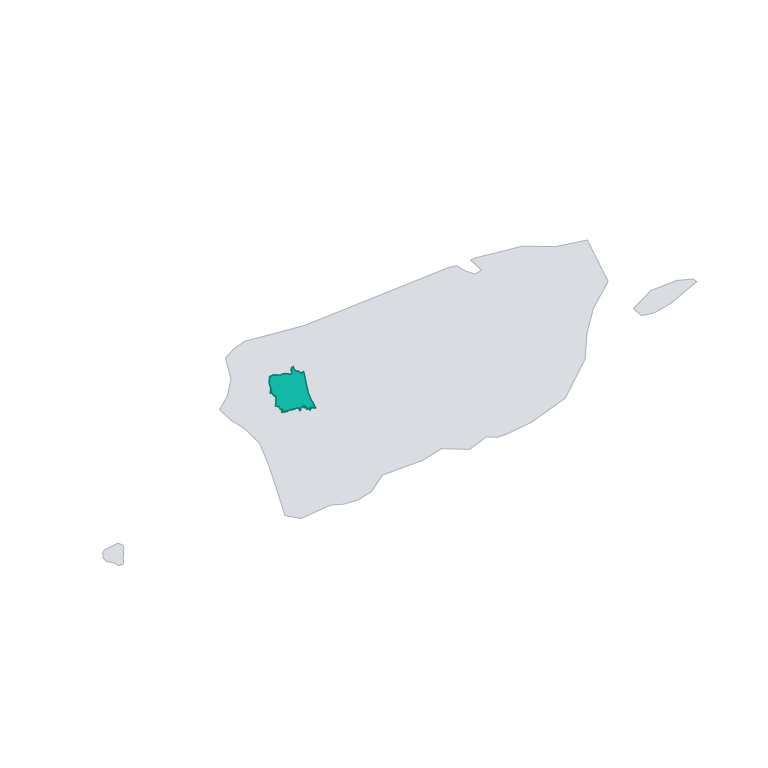 location of San Sebastián, Puerto Rico, rotated 336°
{"feature_id": "32010507B16977701319194", "entity_name": "San Sebastián", "entity_type": "district", "adm_level": 2, "iso_a3": "PRI", "parent_name": "Puerto Rico", "parent_adm1": "", "projection": "equal_earth", "projection_center": [-66.981, 18.324], "detail": "fine", "context": "in_parent", "style": "filled", "palette": "teal", "viewbox_px": 768, "rotation_deg": 336, "n_neighbors": 0, "source": "geoboundaries", "source_scale": "gbopen_adm2", "svg_char_len": 3804}
<svg xmlns="http://www.w3.org/2000/svg" viewBox="0 0 768 768"><g transform="rotate(336 384 384)"><path d="M504.4,314.0L512.0,320.6L519.5,319.7L513.5,306.0L519.0,306.0L566.4,314.4L597.0,328.4L628.4,335.2L630.5,381.4L606.3,399.9L590.6,419.3L577.8,443.0L544.0,470.6L503.1,478.9L476.0,479.7L465.9,478.8L456.0,474.0L435.5,478.5L410.1,466.4L388.4,469.5L345.3,466.6L329.1,477.1L313.7,479.4L298.5,477.5L285.6,472.8L253.6,473.2L240.1,464.0L245.7,411.3L246.2,387.5L238.3,367.8L229.7,355.4L223.5,340.7L236.0,331.1L246.3,317.1L249.6,296.0L260.9,290.8L274.1,288.3L335.2,298.2L489.7,303.8L498.5,305.5L504.4,314.0ZM679.0,426.9L659.5,429.0L646.9,426.2L642.6,416.4L666.1,407.1L693.6,408.5L709.4,414.0L711.3,417.7L679.0,426.9ZM72.7,442.2L70.3,442.5L68.0,442.1L67.0,441.2L65.4,438.2L58.3,433.2L56.7,428.6L58.3,423.8L61.2,421.8L75.5,421.3L77.0,421.8L79.8,425.1L79.9,427.5L78.5,429.8L76.0,435.6L74.9,437.1L74.1,438.6L73.7,441.2L72.7,442.2Z" fill="#d9dde1" stroke="#a8b0b8" stroke-width="1"/><path d="M282.1,331.2L281.6,332.5L281.4,333.2L280.8,333.6L280.4,335.2L279.7,335.3L279.8,335.9L279.6,336.4L279.6,336.8L279.1,338.3L279.3,338.7L278.9,339.4L279.2,340.0L279.1,340.3L278.9,340.9L278.6,341.5L278.6,342.3L278.8,342.5L278.5,342.7L278.4,343.2L278.5,343.7L278.3,343.6L278.1,344.2L277.9,343.9L277.8,344.3L277.2,344.3L277.0,344.6L277.1,345.3L276.9,346.0L276.5,345.9L276.7,346.5L277.1,346.3L277.7,345.4L278.0,345.7L277.6,346.1L278.2,347.7L278.1,348.2L278.6,348.9L278.7,349.4L278.9,349.4L279.1,349.8L278.9,350.6L279.8,351.1L279.7,351.7L279.8,351.7L280.0,352.4L279.8,352.7L279.7,353.5L278.6,354.3L278.6,355.2L278.3,355.4L277.9,356.7L277.5,357.3L275.8,360.0L278.8,362.1L278.9,363.3L278.9,364.3L278.9,364.5L279.1,364.5L279.1,365.1L279.5,365.7L279.9,366.2L280.7,365.6L281.1,365.8L280.7,367.0L280.4,367.3L279.4,367.5L279.3,367.8L279.1,368.0L279.4,368.7L279.7,368.8L280.4,368.3L280.7,368.2L281.4,368.6L281.7,369.3L282.1,369.4L282.4,369.3L283.0,368.4L283.3,368.3L283.9,368.7L284.0,369.2L284.3,369.9L285.0,369.8L285.6,369.1L286.0,369.3L287.2,369.2L287.5,369.2L288.4,370.2L289.3,369.7L290.3,370.3L290.7,370.3L291.1,369.9L291.5,369.9L292.1,370.6L293.1,370.7L293.9,370.2L294.5,370.6L295.0,370.7L295.6,370.9L296.2,372.7L296.2,373.4L296.5,374.3L297.0,374.3L297.5,373.6L297.4,372.7L297.5,371.8L298.4,372.2L298.6,371.8L299.6,371.5L300.3,371.7L301.1,372.3L301.3,373.3L301.7,373.3L302.1,372.6L301.8,371.7L302.2,371.1L302.5,371.7L302.7,372.8L303.3,373.3L303.5,373.8L303.1,374.4L302.9,375.3L303.2,375.4L303.8,374.7L304.1,374.9L304.1,375.9L305.2,375.9L305.3,376.0L305.6,377.6L306.0,377.6L306.5,377.5L306.8,377.1L306.7,376.6L306.3,376.6L306.1,376.0L306.8,375.8L307.5,375.4L307.7,375.5L308.0,376.4L308.9,375.8L309.0,376.3L308.9,376.7L309.1,376.9L310.5,377.4L311.5,378.2L311.8,377.8L311.5,377.8L311.6,375.5L311.9,374.6L311.5,373.2L311.6,371.3L311.0,369.5L311.1,368.1L311.3,364.5L311.2,363.8L311.1,363.3L311.2,361.4L312.2,357.0L312.4,355.7L312.5,355.0L312.5,354.7L314.1,348.0L314.5,346.0L315.6,340.5L315.5,340.2L315.4,340.1L315.3,339.9L315.0,340.2L314.2,340.4L313.9,340.2L313.5,340.0L313.2,340.4L312.6,340.3L312.2,339.9L311.5,338.0L310.6,337.0L310.2,337.1L309.5,336.6L308.6,335.8L308.3,334.4L307.9,334.1L307.8,332.9L308.2,331.2L306.5,331.4L306.1,331.6L305.7,332.4L305.4,332.5L305.4,333.0L305.0,332.9L304.9,333.8L304.5,334.1L304.6,334.4L304.4,335.1L304.6,336.2L304.5,336.6L304.1,336.8L302.3,337.2L301.5,336.6L301.0,335.7L300.7,335.8L300.0,335.5L299.5,334.9L298.9,334.9L298.0,334.2L296.3,333.8L296.2,333.7L295.6,333.5L295.3,333.5L294.0,333.5L293.6,333.9L292.8,333.9L291.5,332.9L290.4,332.7L289.9,332.7L289.5,331.9L289.0,332.1L288.4,331.3L287.4,330.9L286.8,330.9L286.6,330.6L286.3,330.8L285.6,330.8L285.4,330.6L284.5,330.7L283.9,330.9L283.8,330.7L283.5,331.1L282.7,331.6L282.3,331.6L282.1,331.2Z" fill="#14b8a6" stroke="#0f766e" stroke-width="1.5"/></g></svg>